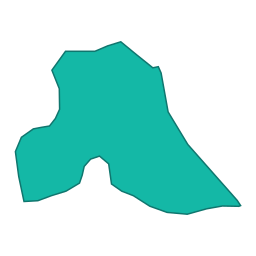 map outline of Siyəzən (Albers equal-area conic projection)
{"feature_id": "AZE-1712", "entity_name": "Siyəzən", "entity_type": "District", "adm_level": 1, "iso_a3": "AZE", "parent_name": "Azerbaijan", "parent_adm1": "", "projection": "albers", "projection_center": [49.056, 41.028], "detail": "fine", "context": "isolated", "style": "filled", "palette": "teal", "viewbox_px": 256, "rotation_deg": 0, "n_neighbors": 0, "source": "natural_earth", "source_scale": "10m", "svg_char_len": 604}
<svg xmlns="http://www.w3.org/2000/svg" viewBox="0 0 256 256"><path d="M158.3,66.7L161.1,73.0L168.1,111.9L187.8,144.5L237.2,200.4L240.6,205.6L238.9,206.3L222.4,206.0L206.6,208.8L187.3,214.2L167.1,212.4L149.8,206.2L133.4,195.7L121.8,191.2L111.5,184.0L108.7,163.9L99.5,156.1L90.6,159.1L84.2,166.4L82.2,175.2L79.5,183.1L66.1,191.1L51.3,195.7L37.9,200.7L24.0,201.5L18.7,176.4L15.4,151.6L21.4,137.3L33.3,128.9L41.1,127.4L49.5,126.0L55.4,118.5L59.6,109.3L59.3,88.7L51.9,70.2L65.5,51.3L94.9,51.3L107.8,45.8L120.8,41.8L136.5,54.7L152.8,67.8L158.3,66.7Z" fill="#14b8a6" stroke="#0f766e" stroke-width="1.5"/></svg>